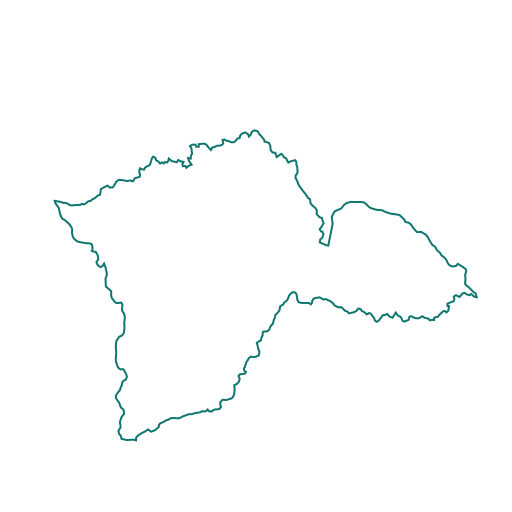 the district of Faina, Goiás, Brazil, rotated 159°
{"feature_id": "56859067B6165476818632", "entity_name": "Faina", "entity_type": "district", "adm_level": 2, "iso_a3": "BRA", "parent_name": "Brazil", "parent_adm1": "Goiás", "projection": "mercator", "projection_center": [-50.379, -15.446], "detail": "fine", "context": "isolated", "style": "outline", "palette": "teal", "viewbox_px": 512, "rotation_deg": 159, "n_neighbors": 0, "source": "geoboundaries", "source_scale": "gbopen_adm2", "svg_char_len": 6115}
<svg xmlns="http://www.w3.org/2000/svg" viewBox="0 0 512 512"><g transform="rotate(159 256 256)"><path d="M64.7,138.4L64.4,142.3L66.1,144.8L68.6,150.7L70.0,152.7L70.8,155.1L68.7,159.4L67.5,163.5L65.2,166.4L64.9,168.5L66.8,171.6L70.4,176.4L72.8,175.1L75.2,175.5L77.0,176.1L79.0,178.6L79.5,180.9L79.8,184.5L80.9,187.5L82.6,190.0L83.2,193.2L85.1,197.0L85.4,200.4L87.5,203.4L88.4,208.2L88.7,211.4L89.7,215.0L93.2,219.3L97.2,220.6L99.1,225.7L100.0,230.0L101.7,232.6L104.3,234.1L104.5,236.9L107.3,242.8L110.7,244.9L114.0,246.5L119.5,250.8L121.7,253.4L124.0,254.5L125.8,255.2L130.5,258.6L132.4,260.4L133.5,262.4L134.3,264.6L136.0,267.3L138.9,269.0L143.0,270.4L146.8,272.0L149.7,272.8L152.9,272.9L155.8,272.0L159.5,269.8L166.5,269.5L168.7,267.8L171.3,265.3L172.9,258.6L184.8,239.8L186.5,240.9L191.6,245.9L190.0,248.5L187.5,249.3L185.2,252.4L185.2,254.7L186.6,255.7L186.9,258.3L184.8,259.5L181.1,262.4L181.2,265.2L180.8,268.0L182.7,269.3L184.4,273.4L182.9,276.5L183.4,279.7L185.3,282.9L186.2,285.6L185.2,289.6L186.5,291.3L187.5,295.8L189.3,301.5L190.7,307.0L190.6,310.3L191.1,315.0L189.9,317.2L187.7,318.4L186.8,320.3L185.6,324.5L185.6,326.8L184.7,328.8L185.0,331.4L190.1,332.0L192.3,331.6L192.7,333.8L192.8,336.4L194.5,338.0L194.9,340.8L196.0,342.4L201.1,340.9L201.2,342.9L200.9,345.4L203.5,346.7L204.4,349.6L203.2,353.6L203.3,356.7L205.6,358.9L207.1,359.7L206.6,361.4L207.3,363.3L208.0,365.8L209.1,368.1L209.9,372.1L212.4,373.8L214.5,373.7L216.0,372.8L217.7,370.9L219.8,370.1L219.7,372.3L221.6,375.2L225.5,375.2L227.8,373.9L229.0,372.0L231.4,372.3L233.1,371.2L235.6,370.1L238.2,371.0L240.4,373.1L242.6,374.5L243.7,376.0L245.7,376.3L246.1,373.1L247.6,372.0L250.0,372.0L253.4,373.0L255.4,372.5L257.7,373.1L260.1,371.1L261.3,373.8L262.4,377.8L264.4,379.6L269.4,380.9L270.4,378.5L272.6,379.4L272.5,381.6L275.7,382.8L278.3,382.2L277.7,379.4L278.6,376.5L278.9,374.5L280.9,373.0L282.0,370.3L284.3,371.8L284.5,369.4L284.1,367.2L283.4,364.3L285.9,364.5L289.4,363.3L289.7,365.4L292.1,366.0L291.9,368.0L289.9,369.9L292.3,371.2L294.2,373.5L296.3,371.9L298.5,373.4L300.4,374.5L302.5,378.2L303.8,376.2L305.7,375.2L307.2,376.4L309.0,375.5L310.2,377.1L312.4,376.7L313.3,379.1L315.0,381.4L314.7,383.7L316.4,385.6L318.4,384.3L321.0,380.7L322.6,379.0L325.9,378.7L328.0,378.2L329.5,376.8L331.2,377.6L332.8,379.4L334.1,378.1L335.0,375.8L335.0,373.9L336.1,371.7L339.0,371.8L341.1,372.1L344.2,369.8L346.4,371.6L350.0,372.3L352.0,373.9L354.4,375.0L356.6,376.3L359.5,375.7L363.3,372.5L365.2,371.4L368.0,372.3L369.5,375.0L375.1,374.3L376.9,374.0L378.7,370.5L379.8,369.0L382.2,369.2L384.4,368.2L386.6,367.6L388.3,367.7L390.2,366.7L392.9,367.2L396.4,366.0L398.3,365.9L400.0,367.1L401.8,366.7L406.0,368.2L409.9,369.2L411.7,370.4L413.0,372.3L414.8,373.8L417.3,374.9L418.7,376.4L424.2,379.6L424.4,377.3L422.9,371.6L423.8,366.1L423.9,361.6L423.1,359.8L421.4,357.7L419.0,353.0L418.1,349.6L418.0,346.9L419.4,343.8L420.1,340.1L419.8,337.5L418.2,334.6L417.1,333.2L415.2,331.9L409.4,328.5L407.7,327.9L405.2,326.1L405.3,323.7L406.0,321.3L407.5,319.7L406.2,318.4L404.1,317.3L403.5,313.3L404.4,309.5L407.2,307.4L407.2,305.3L406.4,303.0L405.1,301.3L402.7,301.7L400.6,303.4L400.6,298.7L401.0,296.7L401.5,293.0L402.5,291.2L404.6,288.8L407.1,281.3L403.8,275.1L405.6,270.4L405.6,268.1L404.3,263.9L403.3,262.2L401.5,261.5L398.5,260.8L398.1,258.6L400.4,253.9L400.4,251.7L399.9,249.4L400.1,247.2L400.8,244.8L403.0,240.9L404.1,237.2L405.4,234.2L407.0,231.6L408.5,230.4L410.2,229.7L412.6,229.7L416.8,226.6L418.9,222.8L419.7,220.5L421.1,215.8L424.0,209.7L424.6,207.3L424.8,203.2L424.6,200.8L423.1,198.7L420.5,197.9L419.9,195.0L419.5,191.6L419.9,189.3L421.8,187.3L424.3,187.0L426.3,185.9L427.3,183.8L429.5,181.8L430.9,179.7L435.1,177.3L437.2,175.4L437.5,172.9L437.0,170.2L436.3,168.2L436.5,163.0L435.0,160.8L435.0,158.0L435.9,155.7L438.0,154.6L440.0,153.1L442.9,149.2L443.2,146.4L443.9,144.5L447.0,142.2L447.6,139.1L446.6,136.5L447.1,133.5L442.4,130.4L436.3,128.5L434.1,126.9L432.9,129.5L430.4,130.7L426.3,131.6L421.8,132.0L418.9,132.8L416.9,129.6L413.3,129.5L411.0,130.1L408.0,131.3L407.2,133.0L405.6,134.1L402.0,134.2L398.5,134.8L396.3,134.6L394.2,135.1L391.4,134.5L387.1,132.4L384.9,132.0L382.4,132.5L375.1,132.3L372.5,131.3L368.7,131.2L365.9,130.4L364.2,130.1L361.8,130.4L360.2,129.5L358.3,129.0L356.2,130.0L355.6,128.0L353.1,126.6L351.1,127.5L349.0,127.4L347.1,126.6L344.8,126.4L342.8,127.5L342.6,129.8L341.9,132.2L339.0,133.7L337.2,133.2L335.8,132.3L333.1,132.0L329.9,131.8L328.1,132.6L326.1,134.5L324.5,137.5L323.6,139.5L322.6,143.2L319.8,143.4L316.9,144.8L315.2,147.3L315.4,150.2L313.6,151.3L308.4,150.1L306.9,151.5L308.0,152.9L307.7,155.3L306.1,156.4L303.0,160.5L301.0,161.7L299.4,163.2L296.7,163.9L294.5,162.4L291.6,162.0L289.0,162.2L287.9,163.9L287.0,166.1L287.2,167.9L286.6,171.9L286.4,174.6L284.0,175.3L281.5,175.5L280.2,177.9L278.3,179.3L277.6,181.3L276.5,182.8L272.3,181.6L270.3,182.4L266.8,185.8L264.6,186.6L262.0,190.3L260.5,191.5L259.0,194.1L256.2,195.2L253.6,196.8L251.5,200.3L249.8,200.8L247.8,201.0L246.5,202.3L242.5,203.7L239.2,207.2L237.3,208.4L234.5,209.1L232.4,207.8L231.9,205.2L233.1,200.2L232.8,197.7L230.6,196.0L223.5,193.2L222.1,191.2L220.6,192.1L219.6,193.9L217.9,195.3L216.1,195.6L211.4,194.6L209.9,192.7L208.3,191.0L206.1,190.7L204.9,189.2L203.2,187.7L201.3,184.8L200.2,181.5L198.9,180.0L197.0,178.3L194.8,177.8L193.6,175.5L192.7,173.2L190.6,171.4L189.7,169.1L184.2,168.4L181.9,168.8L179.3,170.3L177.3,168.8L177.0,166.8L175.6,165.5L174.4,163.7L173.6,161.8L171.0,162.3L169.6,161.2L167.9,155.3L168.2,153.4L167.1,151.4L164.9,151.5L158.8,155.3L157.1,154.7L154.3,154.9L153.5,152.6L152.4,150.8L150.7,149.5L145.8,153.1L144.9,149.6L142.7,147.1L142.3,142.7L140.9,141.6L136.4,141.7L134.4,144.4L132.5,144.1L130.0,141.2L127.2,139.7L124.3,139.7L122.3,140.2L121.0,138.2L117.3,135.5L116.9,133.7L114.3,133.2L112.7,132.4L111.7,134.6L108.1,134.1L105.6,135.5L101.0,137.3L99.4,137.0L98.4,135.1L95.9,136.1L94.9,138.2L93.7,140.0L95.2,140.9L94.3,142.9L90.6,143.0L87.7,142.9L86.3,144.6L85.9,147.2L83.4,147.8L80.7,144.8L76.7,147.0L74.5,146.9L73.0,144.6L70.6,142.8L69.0,143.5L67.8,141.9L67.0,139.9L64.7,138.4Z" fill="none" stroke="#0f766e" stroke-width="2"/></g></svg>